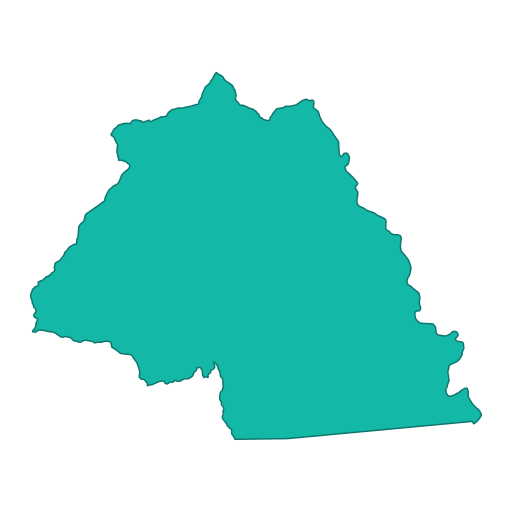 the district of Pangkhar, Shemgang, Bhutan
{"feature_id": "84629894B98879002213822", "entity_name": "Pangkhar", "entity_type": "district", "adm_level": 2, "iso_a3": "BTN", "parent_name": "Bhutan", "parent_adm1": "Shemgang", "projection": "mercator", "projection_center": [90.778, 26.9], "detail": "fine", "context": "isolated", "style": "filled", "palette": "teal", "viewbox_px": 512, "rotation_deg": 0, "n_neighbors": 0, "source": "geoboundaries", "source_scale": "gbopen_adm2", "svg_char_len": 6003}
<svg xmlns="http://www.w3.org/2000/svg" viewBox="0 0 512 512"><path d="M313.5,100.6L312.6,100.2L311.1,100.2L309.3,100.8L307.2,99.6L306.1,99.3L304.9,99.5L304.3,99.9L302.3,100.6L296.4,104.7L295.4,105.1L290.5,106.2L285.3,106.3L284.7,106.6L284.3,107.3L283.0,107.7L276.7,108.8L272.6,113.8L272.3,114.8L270.4,117.3L269.7,119.6L269.3,120.3L268.4,120.5L267.0,120.5L264.0,119.7L263.1,119.4L261.9,117.9L259.9,117.3L258.5,113.9L257.2,113.4L256.8,112.3L255.8,111.1L252.9,109.2L248.6,107.9L247.5,107.1L243.1,105.3L240.6,105.2L239.6,104.8L238.6,103.2L235.4,99.6L235.5,97.9L236.1,95.3L234.9,89.9L234.1,89.5L232.9,86.2L231.3,84.6L230.4,84.3L230.3,83.8L225.7,81.0L224.1,79.1L222.9,76.9L222.3,76.4L220.9,75.3L218.6,74.4L216.7,72.7L216.2,72.7L215.0,74.2L214.5,75.4L213.8,76.1L212.3,79.4L211.1,80.3L209.6,83.4L205.3,87.1L202.4,93.6L201.6,96.9L199.0,101.5L198.6,103.9L198.0,104.4L195.8,104.6L191.5,106.1L184.5,107.5L183.0,108.0L178.4,108.0L176.0,108.8L172.6,109.5L171.4,110.1L169.2,111.7L167.6,113.7L167.1,115.2L166.3,116.2L163.8,116.8L160.4,117.0L159.5,117.8L152.9,120.4L151.3,121.6L150.1,121.4L149.0,120.2L142.5,122.4L141.3,121.0L135.8,119.8L133.4,120.3L132.6,120.7L131.6,121.6L130.5,123.5L125.9,123.3L123.3,123.6L118.1,125.3L117.5,126.3L115.7,128.0L114.5,128.6L113.5,129.9L113.0,131.4L111.0,134.2L111.1,134.8L111.8,135.7L114.3,137.3L114.7,139.1L116.6,143.1L117.6,144.4L116.9,152.3L117.6,154.2L117.8,156.5L118.7,158.0L118.5,160.1L121.5,160.3L125.7,161.6L126.7,162.2L127.6,163.3L129.2,164.4L129.6,165.1L129.7,166.3L129.2,167.9L128.7,168.7L124.3,172.3L122.0,174.7L121.2,176.2L119.7,180.4L118.5,182.7L117.6,183.9L113.2,186.2L109.1,190.0L107.8,192.1L105.4,196.9L104.6,200.7L103.6,201.8L102.0,202.5L100.7,203.8L87.2,213.2L85.9,214.4L85.2,215.5L84.9,217.4L83.7,221.1L82.7,222.3L81.5,223.0L79.2,225.8L78.9,226.9L78.0,236.9L76.9,239.4L76.6,242.1L76.8,243.3L75.9,244.0L73.5,244.6L69.5,247.0L66.4,251.0L64.7,252.5L64.3,254.4L63.3,256.0L60.2,259.9L58.9,261.1L56.3,262.3L55.1,263.5L54.3,267.6L54.7,269.7L54.5,270.8L53.7,271.9L52.1,272.7L50.4,274.6L48.8,275.8L45.7,277.2L43.0,280.0L38.5,281.8L38.1,283.0L38.4,284.8L38.2,285.4L36.7,286.4L35.1,286.8L33.9,288.4L33.2,288.7L32.6,289.5L30.7,294.6L30.8,296.5L31.3,299.0L32.3,300.9L32.2,302.9L33.5,305.3L33.7,306.9L35.7,309.2L36.0,310.3L35.9,311.8L34.0,314.6L33.7,315.7L34.7,317.3L37.1,318.6L37.5,319.4L37.4,320.3L36.1,323.1L35.6,326.7L34.4,328.9L32.8,330.6L32.7,331.7L35.6,332.1L37.5,330.9L38.0,330.1L42.8,330.2L49.1,331.7L51.4,331.7L55.6,333.1L56.8,334.3L58.3,335.1L60.3,336.7L62.9,337.3L65.0,336.5L69.6,337.3L71.0,338.0L73.8,340.8L76.5,341.2L78.7,342.2L81.6,341.9L82.0,341.3L85.0,340.1L91.2,341.2L93.5,342.0L94.5,342.9L98.2,342.1L100.7,342.3L102.9,341.9L103.7,341.4L107.5,341.3L109.8,341.6L111.1,343.3L111.8,347.1L114.2,348.8L115.1,349.1L120.5,353.4L125.9,354.2L128.8,354.3L131.2,355.0L132.2,355.9L134.2,359.1L136.7,362.3L139.0,368.4L139.6,371.8L139.7,374.5L139.2,375.7L139.3,377.4L141.3,379.2L144.0,379.4L144.6,379.9L146.9,382.8L147.4,383.7L147.5,385.7L149.4,385.0L151.5,384.8L155.1,383.4L158.3,381.8L162.3,380.9L163.9,381.3L165.0,383.1L166.4,383.9L167.5,383.8L170.3,382.0L171.6,382.0L172.6,382.3L173.9,381.3L174.7,380.3L177.6,381.3L179.4,381.2L180.6,381.0L182.5,379.7L184.5,378.8L187.8,378.8L189.5,378.3L192.3,376.2L193.2,374.8L193.7,372.8L196.1,370.6L196.6,369.8L197.1,367.5L198.2,367.8L199.9,367.3L200.8,367.8L201.2,369.2L201.9,369.8L202.3,370.6L202.6,375.3L204.0,377.5L204.6,376.7L205.5,376.6L207.7,377.5L208.2,377.0L208.0,375.5L208.3,374.3L210.4,372.8L210.9,370.4L213.8,368.8L214.5,367.6L214.7,366.9L214.4,364.5L213.5,363.1L213.6,362.3L214.5,362.0L215.7,363.2L216.7,364.9L217.8,365.9L218.0,368.2L218.6,369.6L219.8,371.8L220.5,376.4L222.5,378.7L222.9,380.2L223.0,384.6L223.3,386.5L222.4,389.9L220.5,392.4L220.0,394.3L219.6,398.7L220.0,400.0L221.6,402.3L221.3,403.5L221.6,405.1L223.4,407.0L223.6,407.7L223.7,408.8L223.5,410.4L222.8,411.4L223.3,412.2L223.3,414.0L222.4,416.5L222.4,417.9L223.3,419.5L226.8,424.2L227.1,425.4L227.9,426.4L228.6,426.8L229.1,427.8L231.4,429.2L231.7,432.1L231.7,434.0L232.7,435.0L235.0,439.3L287.5,438.6L472.1,421.4L473.8,423.7L476.5,421.8L479.7,418.2L481.3,415.4L481.1,413.8L479.3,410.4L475.0,406.7L471.8,403.0L468.8,397.8L468.3,396.9L468.2,391.2L467.2,388.5L466.5,388.1L464.9,388.4L461.7,390.2L458.0,393.1L457.0,393.3L454.2,395.1L449.8,396.4L447.6,395.3L446.1,392.7L446.2,391.8L445.8,390.8L445.8,389.5L446.9,387.3L447.8,383.8L449.0,380.7L448.5,376.1L448.0,374.0L447.9,371.2L448.8,368.0L449.0,366.2L449.6,365.1L450.8,364.3L456.8,361.7L457.3,361.1L458.5,360.4L460.0,358.4L462.1,354.7L462.2,352.3L463.5,349.2L463.9,347.7L463.6,346.3L463.4,343.3L462.7,342.3L459.5,341.5L457.4,341.4L455.3,339.8L455.7,338.2L457.0,337.0L458.1,335.4L457.6,333.3L456.4,331.8L454.8,331.3L452.6,331.6L451.1,333.2L449.3,334.5L446.5,335.8L444.6,336.0L437.8,334.9L436.2,333.0L435.5,327.2L433.5,324.4L432.3,323.8L422.9,323.4L420.9,323.1L419.1,322.4L417.5,321.0L415.7,318.8L414.9,315.6L414.9,312.9L415.3,312.0L416.8,310.9L419.4,310.8L420.4,309.6L420.6,307.0L419.6,305.1L419.3,300.9L419.8,298.6L419.8,296.9L418.9,293.2L418.4,292.6L412.7,288.1L410.9,286.3L407.9,284.6L407.1,282.5L406.9,281.6L407.3,279.8L407.8,278.0L409.4,275.2L410.5,271.3L411.0,267.5L408.9,261.0L406.5,257.3L401.5,251.4L401.0,250.4L400.3,245.8L401.3,237.8L400.1,235.5L397.4,234.6L394.8,234.7L392.8,234.4L391.1,233.5L389.2,231.4L386.3,229.8L386.0,229.3L385.7,227.7L386.0,221.0L385.4,219.3L382.5,217.5L377.4,215.4L374.4,213.0L366.6,210.3L364.0,208.4L361.6,207.1L360.1,206.6L358.6,205.6L357.6,204.3L356.7,201.0L357.7,195.2L357.7,193.1L357.9,192.3L355.7,188.6L355.2,187.3L355.2,186.7L357.1,184.9L357.5,183.7L357.5,182.7L352.6,177.0L346.2,171.1L344.9,167.6L345.1,166.3L347.4,165.0L348.1,164.0L348.8,162.0L349.4,158.1L349.1,156.2L347.5,153.6L346.3,153.1L344.1,153.4L342.4,155.7L341.5,156.4L341.0,156.4L339.6,155.1L339.2,153.2L338.5,142.1L337.7,140.3L336.0,138.1L330.3,129.6L325.6,125.8L322.4,122.1L319.3,115.6L319.1,113.9L317.9,111.1L313.4,107.7L313.9,102.5L313.5,100.6Z" fill="#14b8a6" stroke="#0f766e" stroke-width="1.5"/></svg>